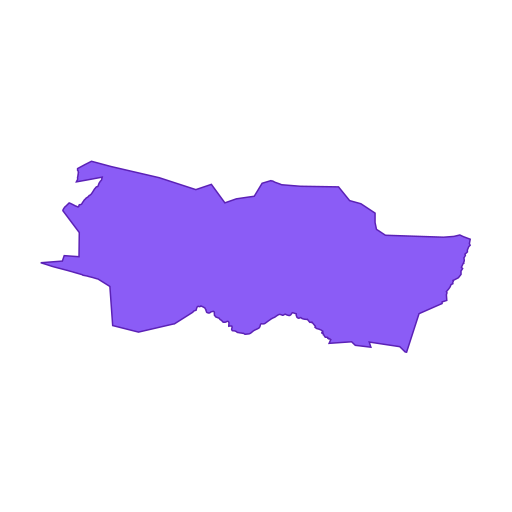 San Felipe Usila, Oaxaca, Mexico (Robinson projection), rotated 264°
{"feature_id": "50627088B9279782447433", "entity_name": "San Felipe Usila", "entity_type": "district", "adm_level": 2, "iso_a3": "MEX", "parent_name": "Mexico", "parent_adm1": "Oaxaca", "projection": "robinson", "projection_center": [-96.517, 17.82], "detail": "fine", "context": "isolated", "style": "filled", "palette": "violet", "viewbox_px": 512, "rotation_deg": 264, "n_neighbors": 0, "source": "geoboundaries", "source_scale": "gbopen_adm2", "svg_char_len": 4677}
<svg xmlns="http://www.w3.org/2000/svg" viewBox="0 0 512 512"><g transform="rotate(264 256 256)"><path d="M367.4,102.3L364.9,95.7L361.6,87.7L360.8,87.6L360.6,87.6L359.9,87.5L359.3,88.0L358.3,88.0L357.6,88.2L357.2,87.9L355.6,87.7L355.1,87.3L354.4,87.4L353.0,86.8L352.4,86.7L352.0,86.7L351.5,86.7L350.6,86.5L349.7,85.9L349.2,85.5L349.1,85.4L348.5,85.1L349.2,94.9L350.5,111.3L349.4,110.9L348.8,110.7L347.7,110.3L347.2,109.8L346.8,109.2L346.1,108.6L345.8,108.4L345.3,107.9L344.3,107.3L343.8,107.0L343.0,106.7L342.3,106.3L341.9,106.1L341.6,105.8L341.5,104.7L341.2,104.2L340.9,103.8L340.4,103.4L340.1,103.1L339.6,102.5L339.0,102.0L338.2,101.4L336.9,100.4L335.8,99.5L335.5,99.2L334.9,98.7L334.5,98.3L334.1,97.6L333.8,97.2L333.6,96.4L332.5,95.3L332.0,94.5L331.7,93.8L331.5,93.4L331.3,93.0L330.9,92.7L329.8,91.3L329.3,90.7L328.9,90.5L328.1,89.8L327.5,89.2L326.9,88.8L326.3,88.4L326.1,88.2L325.7,87.8L325.4,87.0L325.5,86.2L325.4,85.8L325.1,85.3L324.3,85.1L323.7,84.8L323.4,84.2L323.6,83.6L323.9,83.2L324.1,82.8L324.4,82.3L324.5,81.9L324.8,81.4L325.4,80.6L325.6,80.2L326.7,78.6L327.0,78.0L327.4,77.5L328.1,76.2L328.3,75.7L325.3,71.9L324.9,71.2L324.1,70.5L323.4,69.8L322.6,69.3L321.9,68.8L321.2,68.7L297.8,82.7L273.8,79.9L276.4,65.3L271.2,62.9L271.8,41.2L269.4,46.8L267.1,51.9L266.3,53.9L261.1,67.6L255.8,80.7L255.6,81.2L255.0,81.8L253.7,86.1L253.2,87.2L251.9,90.8L251.2,92.5L250.1,95.1L250.0,95.4L249.6,96.5L241.0,107.5L201.8,106.2L192.6,131.2L197.0,166.6L197.0,167.7L206.7,187.3L207.2,187.7L207.7,188.3L208.0,189.2L208.2,190.1L208.3,190.7L208.7,190.9L209.3,191.1L209.9,191.4L210.3,191.5L210.9,191.8L211.5,192.2L211.8,192.6L212.0,193.2L211.8,193.8L211.6,194.2L211.5,194.6L211.6,195.2L211.7,195.5L212.1,196.0L211.7,196.6L211.4,197.2L211.0,197.8L210.7,198.3L210.3,198.9L210.0,199.2L209.6,199.8L209.1,199.9L208.6,200.1L207.8,200.6L207.4,200.5L206.8,200.6L206.3,200.8L205.3,201.0L204.9,201.4L204.6,202.0L204.3,202.7L204.2,203.3L204.3,204.0L204.6,204.6L205.1,205.3L205.2,205.8L205.3,206.7L205.4,207.2L205.4,207.9L204.9,208.5L204.5,208.6L204.0,208.7L203.5,208.5L202.6,208.6L201.6,208.4L200.9,208.8L200.2,209.3L199.7,209.5L199.3,210.2L198.9,211.0L198.7,211.4L198.4,211.9L198.1,212.7L197.6,213.0L196.5,213.7L195.6,214.9L193.6,216.4L193.4,217.8L193.4,218.2L193.4,219.1L193.7,219.6L193.9,220.1L194.0,221.0L193.7,221.7L192.7,222.1L192.0,222.1L191.1,221.9L189.4,221.6L189.0,221.6L189.1,222.5L189.0,223.9L188.8,224.6L187.6,224.8L186.6,224.4L185.9,224.2L185.3,224.1L184.3,224.6L184.0,225.3L183.9,226.4L183.7,227.1L183.4,227.6L183.1,228.3L182.0,229.4L181.8,229.9L181.6,230.9L181.4,231.5L181.2,232.1L181.0,233.1L180.8,233.8L180.6,234.3L180.5,234.8L180.5,235.2L180.3,235.7L179.6,236.4L179.3,237.0L179.3,237.4L179.3,238.2L179.3,239.0L179.3,239.8L179.3,241.0L179.7,242.3L180.2,243.2L180.7,243.9L181.1,244.6L181.7,245.4L182.1,246.2L182.5,247.2L182.9,248.3L183.3,249.6L184.1,251.5L184.4,251.7L185.0,252.3L185.8,252.7L186.7,253.0L187.7,253.5L188.1,254.3L187.8,255.5L187.7,256.1L187.8,256.6L187.8,257.4L188.2,258.2L190.2,261.6L191.8,264.5L192.5,266.1L193.2,268.3L194.0,269.7L194.5,270.6L195.0,271.6L195.2,272.1L195.3,272.5L195.5,273.0L195.4,273.8L195.2,274.3L194.9,275.1L194.3,276.1L194.3,276.9L194.6,277.6L194.9,278.2L195.1,279.0L194.5,280.0L194.1,280.6L193.4,282.4L193.3,283.3L193.9,284.4L195.8,286.2L195.7,286.8L194.6,289.2L194.3,290.0L192.4,289.8L191.7,290.2L190.8,290.3L190.1,291.0L189.6,292.0L190.1,294.1L189.9,294.3L188.9,295.4L188.1,297.5L187.6,299.9L187.7,300.4L184.4,302.6L184.4,304.3L184.0,304.3L183.9,304.7L184.1,304.9L179.9,307.7L179.0,307.2L177.6,308.6L176.6,311.1L175.6,312.9L174.2,314.6L172.8,313.4L172.3,313.6L172.3,314.7L170.8,314.7L170.8,315.0L169.0,315.8L168.0,316.4L167.6,318.7L166.6,318.8L166.5,319.6L165.9,319.8L166.0,320.7L165.2,321.1L165.0,321.6L161.5,319.6L160.7,342.1L156.8,345.4L153.3,360.7L158.6,359.6L150.8,389.5L145.0,394.3L144.6,395.7L181.6,412.1L189.3,436.1L190.9,436.3L191.9,441.1L197.6,441.3L199.4,442.1L200.6,441.6L203.2,444.3L205.1,445.9L207.1,446.9L207.9,448.9L208.6,448.7L210.4,449.6L211.1,449.4L211.2,449.9L213.2,455.0L216.3,458.0L219.6,458.3L221.9,460.2L223.3,459.1L227.1,461.4L227.1,461.9L228.0,461.9L229.4,462.6L231.2,462.7L232.3,462.5L234.6,464.3L236.0,464.0L236.9,465.3L238.0,466.7L239.8,466.8L243.1,468.6L244.3,470.1L246.0,469.5L250.3,470.8L253.6,464.2L255.6,460.9L254.8,454.9L255.1,444.4L263.1,386.9L269.9,378.6L276.9,377.9L286.2,378.9L297.0,365.8L301.3,354.9L316.1,345.3L320.7,307.5L324.2,288.9L325.1,287.3L327.4,282.5L327.8,281.9L328.8,280.5L329.1,279.0L329.4,278.7L327.7,269.7L315.6,260.5L315.4,254.7L314.9,242.4L312.1,230.6L331.9,219.1L328.3,203.1L335.3,187.4L344.0,167.9L360.1,121.3L367.4,102.3Z" fill="#8b5cf6" stroke="#5b21b6" stroke-width="1.5"/></g></svg>